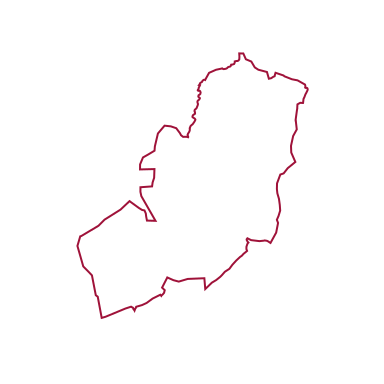 Kibiya, Kano, Nigeria (Natural Earth projection), rotated 18°
{"feature_id": "59680162B54095353953704", "entity_name": "Kibiya", "entity_type": "district", "adm_level": 2, "iso_a3": "NGA", "parent_name": "Nigeria", "parent_adm1": "Kano", "projection": "natural_earth1", "projection_center": [8.677, 11.494], "detail": "fine", "context": "isolated", "style": "outline", "palette": "rose", "viewbox_px": 384, "rotation_deg": 18, "n_neighbors": 0, "source": "geoboundaries", "source_scale": "gbopen_adm2", "svg_char_len": 3711}
<svg xmlns="http://www.w3.org/2000/svg" viewBox="0 0 384 384"><g transform="rotate(18 192 192)"><path d="M282.4,216.2L284.6,204.6L283.4,194.8L281.3,192.2L281.7,188.1L281.6,182.4L279.5,177.2L276.8,171.6L273.6,166.9L271.8,162.9L270.2,157.5L270.6,148.1L273.4,146.0L275.7,139.7L281.0,131.5L274.2,123.8L271.9,117.5L270.9,107.5L272.3,100.1L269.7,94.4L268.6,91.9L268.5,92.0L268.3,91.6L266.5,81.6L266.3,80.0L266.2,79.9L265.2,76.1L265.9,75.3L267.4,73.7L269.9,73.1L270.1,73.0L269.3,69.0L269.6,66.9L269.7,64.1L270.0,62.7L270.4,59.8L270.4,59.0L270.2,58.4L269.7,57.7L269.2,57.5L267.7,57.9L267.3,57.6L267.3,57.1L267.2,56.4L266.3,54.9L257.9,53.2L252.2,53.9L244.1,53.4L243.1,52.9L234.6,52.8L234.6,54.3L234.8,56.4L233.7,57.3L233.3,57.8L232.9,58.3L232.5,58.9L232.0,59.4L231.1,59.9L230.1,60.5L226.2,54.7L217.3,55.2L213.2,54.1L208.1,49.6L202.2,49.1L198.0,44.4L194.1,45.6L195.3,48.7L196.0,51.3L195.5,52.7L194.7,53.4L193.7,53.7L192.3,54.6L192.6,55.5L192.6,56.7L192.5,57.2L192.0,57.6L191.1,58.3L190.5,58.5L189.9,58.8L189.9,60.1L189.6,60.8L188.4,61.6L187.8,62.0L187.0,63.5L186.6,63.9L186.0,64.4L185.4,64.7L184.3,65.3L183.5,65.4L182.5,65.1L181.8,65.6L177.1,68.3L171.4,73.4L170.2,79.6L169.9,81.4L169.4,81.3L168.8,81.5L168.2,82.0L167.9,82.7L167.6,83.2L167.5,83.6L167.4,84.4L167.1,84.7L166.7,85.1L166.3,85.6L166.0,86.2L166.0,87.0L165.9,87.6L165.7,88.1L166.6,88.0L166.5,88.9L166.4,89.4L166.2,90.4L166.2,90.9L166.4,91.8L166.3,92.1L166.1,92.7L166.0,93.2L166.1,93.6L166.7,93.8L167.9,93.4L168.6,93.6L169.4,94.6L169.6,96.1L169.4,96.6L169.1,97.1L168.7,97.5L168.4,97.9L168.4,98.9L168.6,99.4L168.9,99.6L169.8,100.0L170.2,100.1L170.5,100.3L170.5,100.8L170.3,101.8L169.8,102.6L169.4,103.2L169.2,103.9L169.3,104.6L169.8,105.6L170.3,106.1L170.6,106.9L170.6,108.2L170.5,109.6L170.4,111.0L170.1,111.5L169.8,112.1L169.4,112.6L169.3,113.0L169.2,113.4L169.3,113.9L169.5,114.5L169.8,114.8L170.2,115.1L170.3,115.7L170.7,116.6L169.9,117.6L169.7,118.0L169.2,118.6L169.1,119.2L169.1,119.7L169.2,120.4L169.5,120.7L170.6,121.0L171.8,121.3L172.7,121.9L172.9,122.2L172.7,123.8L172.3,125.4L172.1,125.9L171.8,127.0L171.6,127.5L171.0,128.3L170.7,128.9L170.4,129.4L170.2,130.0L170.2,130.9L170.1,131.7L170.1,132.1L170.4,132.4L170.5,133.0L170.8,134.0L170.8,135.4L170.4,137.0L170.2,137.6L170.2,138.3L170.1,138.8L170.5,139.6L171.4,140.8L171.4,141.1L169.6,141.2L166.5,142.3L164.0,141.4L162.4,139.8L157.3,136.2L151.6,136.1L145.4,137.4L141.5,146.9L142.6,160.1L143.6,164.3L138.9,169.7L137.9,170.8L134.7,174.3L134.1,181.8L135.6,186.6L149.2,181.8L151.6,190.2L151.6,195.1L152.3,199.0L141.5,203.4L142.9,207.8L145.1,211.6L166.2,230.7L158.0,233.1L156.0,229.5L154.7,226.7L152.5,224.2L152.4,224.2L150.1,224.5L146.4,223.6L135.4,220.0L129.5,230.8L117.4,245.3L113.5,253.0L100.3,268.1L99.4,268.7L99.7,278.7L111.6,296.4L118.0,299.7L122.6,302.2L132.4,319.9L134.7,320.7L145.0,339.6L148.3,337.4L164.7,323.4L169.5,319.9L170.2,320.1L171.6,320.3L172.1,320.8L172.3,321.3L172.5,321.4L173.0,321.8L173.4,322.1L173.7,322.2L174.0,322.5L174.1,320.4L174.4,319.6L174.4,318.4L179.4,315.0L183.1,311.6L187.5,305.5L193.6,299.5L194.9,300.3L195.0,299.8L195.9,298.3L196.3,297.2L196.6,296.5L196.5,295.4L196.4,293.8L193.1,292.2L194.8,281.7L194.9,280.9L201.6,281.6L207.1,281.3L214.8,276.0L230.4,270.2L234.6,280.2L238.9,272.1L242.2,268.3L245.1,263.9L246.2,261.7L247.9,257.7L251.3,253.5L252.9,248.7L255.3,243.4L257.8,238.9L259.1,237.2L260.1,234.9L261.8,232.3L262.6,231.0L261.4,229.5L260.7,227.3L260.7,225.2L260.8,223.6L261.3,222.7L260.3,222.1L259.0,220.9L258.6,220.1L259.0,218.9L263.1,219.5L271.3,217.9L275.1,216.2L275.7,215.9L275.9,215.7L276.0,215.7L276.3,215.6L276.5,215.5L277.0,215.5L277.4,215.4L278.1,215.3L278.8,215.3L280.4,215.6L280.8,215.8L282.4,216.2Z" fill="none" stroke="#9f1239" stroke-width="2"/></g></svg>